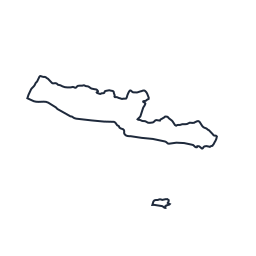 SVG path tracing the border of Bengkulu, rotated 331°
{"feature_id": "IDN-1225", "entity_name": "Bengkulu", "entity_type": "Province", "adm_level": 1, "iso_a3": "IDN", "parent_name": "Indonesia", "parent_adm1": "", "projection": "mercator", "projection_center": [102.58, -3.868], "detail": "fine", "context": "isolated", "style": "outline", "palette": "slate", "viewbox_px": 256, "rotation_deg": 331, "n_neighbors": 0, "source": "natural_earth", "source_scale": "10m", "svg_char_len": 3890}
<svg xmlns="http://www.w3.org/2000/svg" viewBox="0 0 256 256"><g transform="rotate(331 128 128)"><path d="M193.2,184.5L192.3,184.2L191.9,184.1L190.7,184.2L190.3,184.1L190.1,183.9L190.0,183.7L189.8,183.4L189.2,183.1L188.4,182.3L187.9,181.9L187.4,181.7L186.7,181.4L186.0,181.2L185.3,181.2L184.7,181.4L184.0,181.8L183.3,182.0L182.8,181.9L182.5,181.4L181.6,179.0L181.3,178.5L180.8,178.1L179.8,177.5L179.0,178.2L178.2,177.9L177.5,176.9L176.8,174.6L175.8,173.6L169.8,168.4L163.2,164.3L156.2,161.6L155.3,160.8L154.6,158.8L153.8,157.7L144.4,149.6L135.1,143.2L126.4,136.5L125.0,135.7L123.5,134.6L122.4,133.2L122.0,131.3L122.2,130.5L123.2,128.8L123.4,127.8L123.1,126.7L121.4,124.8L120.9,123.9L120.7,123.3L120.8,122.8L120.9,122.4L120.9,122.0L120.6,121.4L120.2,120.9L119.9,120.4L119.8,119.7L119.6,117.7L119.3,116.7L118.7,115.8L110.2,110.8L100.1,103.9L87.2,94.7L85.8,93.3L84.4,90.7L83.3,89.9L75.5,77.2L74.9,75.0L70.5,67.1L69.0,65.4L67.0,64.1L62.5,61.8L60.4,60.5L58.6,58.9L54.4,53.2L57.1,50.7L62.1,47.1L63.0,46.7L65.7,45.9L66.9,45.4L69.2,43.8L71.0,43.3L75.4,40.2L76.4,40.0L76.8,40.3L77.2,40.7L77.6,41.2L78.9,42.4L79.9,42.9L80.4,43.4L80.7,43.8L80.8,44.0L81.0,44.7L81.9,46.2L83.3,51.6L83.7,52.3L84.4,52.8L86.1,53.5L86.9,54.2L87.3,54.8L87.7,56.2L89.6,57.9L90.8,59.7L92.5,61.6L94.5,63.0L97.4,64.6L98.2,64.9L99.6,65.3L100.2,65.8L101.3,67.2L101.9,67.4L102.4,67.4L103.5,67.0L104.0,66.9L104.7,66.9L106.4,67.6L107.8,68.4L108.5,68.8L109.8,69.1L110.3,69.4L111.4,70.9L112.9,72.0L113.4,72.5L113.9,73.3L114.7,75.1L115.3,75.9L117.7,78.0L118.7,78.7L119.1,79.2L119.4,79.9L119.6,81.2L119.5,81.4L119.2,81.5L118.3,81.6L117.9,81.7L118.0,82.4L119.7,84.3L120.2,84.7L120.7,84.9L121.2,84.8L121.9,84.9L123.0,85.5L123.8,85.7L124.3,85.7L124.6,85.5L125.1,85.0L125.5,84.7L125.9,84.7L126.6,84.8L129.9,85.9L131.2,87.1L132.1,87.8L132.6,88.3L132.9,88.8L133.0,89.3L132.9,89.8L132.5,90.8L132.3,92.6L132.1,93.1L131.8,93.4L131.5,93.7L131.4,94.0L131.4,94.3L131.5,94.6L131.9,94.9L132.5,95.2L133.2,95.6L133.7,96.2L134.3,97.0L134.8,97.6L135.7,98.4L136.4,99.3L137.0,99.7L137.6,100.0L138.0,100.0L139.6,100.9L140.7,101.3L141.2,101.0L141.7,100.7L143.5,98.9L145.7,97.2L146.9,96.5L147.9,96.2L148.4,96.4L148.7,96.8L149.3,98.5L149.8,99.3L152.8,101.1L153.5,101.4L156.7,102.0L157.6,102.3L159.1,102.5L159.9,102.8L160.4,103.1L160.7,103.5L161.0,104.1L161.1,104.5L161.4,105.9L161.4,107.3L160.8,111.6L160.1,112.6L158.8,112.5L158.2,112.5L157.5,112.7L156.8,112.8L156.0,112.6L154.7,112.1L154.2,112.1L154.0,112.4L154.2,112.9L154.7,113.7L155.0,114.4L155.0,115.1L154.3,115.7L153.2,116.5L152.1,117.0L150.9,117.8L144.5,123.8L143.5,124.2L141.9,124.6L140.6,125.0L140.9,125.7L142.3,126.7L142.9,127.4L143.5,128.3L144.2,129.0L146.1,130.2L146.7,130.9L148.0,133.0L148.7,133.5L149.7,134.1L152.2,135.1L152.8,135.2L153.7,135.1L155.6,134.6L156.6,134.8L157.0,135.1L159.5,137.0L160.4,136.4L161.6,136.3L162.4,136.4L163.4,136.3L164.8,136.3L165.4,136.1L165.9,136.0L166.3,136.1L167.1,136.7L167.4,136.8L167.8,137.2L168.1,137.6L168.5,139.4L169.9,142.6L170.2,143.7L170.5,148.1L171.2,149.3L172.1,149.3L172.5,149.3L173.5,149.7L174.9,150.5L177.3,151.0L179.8,152.4L181.5,153.1L184.6,153.3L187.0,154.9L188.5,155.5L189.3,155.4L191.7,155.6L192.3,155.8L192.9,156.1L193.3,156.7L193.6,157.6L193.9,162.3L194.3,163.7L194.8,164.6L196.4,166.5L197.1,168.4L197.5,168.8L197.8,169.5L199.1,174.4L199.2,175.2L199.4,175.9L199.7,176.4L200.7,177.0L201.2,177.4L201.6,178.5L200.0,180.3L198.3,181.6L196.9,182.4L194.8,183.8L194.0,184.0L193.2,184.5L193.2,184.5ZM128.6,210.8L128.2,211.6L127.5,212.2L126.4,212.8L126.6,213.5L127.3,214.2L127.7,214.8L127.1,215.0L124.6,214.5L124.2,214.3L124.0,214.5L123.6,214.5L123.1,214.5L122.7,214.5L122.5,214.8L122.0,216.0L121.2,215.4L120.5,213.7L119.9,212.8L113.6,207.9L112.0,207.1L114.6,204.6L116.0,204.1L117.5,204.5L119.0,205.3L119.7,205.5L120.7,205.6L121.4,205.9L122.1,206.4L123.1,207.5L126.4,208.5L127.9,209.3L128.6,210.8Z" fill="none" stroke="#1e293b" stroke-width="2"/></g></svg>